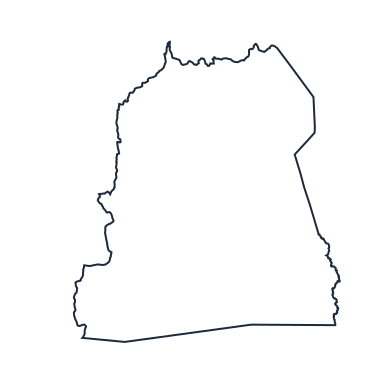 Antofagasta de la Sierra, Catamarca, Argentina, rotated 172°
{"feature_id": "61730980B49626425367328", "entity_name": "Antofagasta de la Sierra", "entity_type": "district", "adm_level": 2, "iso_a3": "ARG", "parent_name": "Argentina", "parent_adm1": "Catamarca", "projection": "equal_earth", "projection_center": [-68.193, -26.047], "detail": "fine", "context": "isolated", "style": "outline", "palette": "slate", "viewbox_px": 384, "rotation_deg": 172, "n_neighbors": 0, "source": "geoboundaries", "source_scale": "gbopen_adm2", "svg_char_len": 5864}
<svg xmlns="http://www.w3.org/2000/svg" viewBox="0 0 384 384"><g transform="rotate(172 192 192)"><path d="M320.9,62.8L279.5,52.9L151.9,52.4L68.7,40.2L68.4,41.9L68.8,43.5L68.5,45.6L68.9,46.0L69.1,48.0L69.0,48.5L68.6,49.0L69.0,49.6L68.3,50.6L68.5,51.1L68.2,51.5L67.6,51.2L66.4,51.1L66.0,51.4L65.9,51.9L65.1,52.1L65.0,52.5L65.1,53.0L65.0,53.5L65.1,54.0L64.0,54.8L64.1,55.1L63.9,56.0L64.1,56.4L63.4,56.5L63.5,57.1L64.2,58.3L64.2,58.7L64.5,59.4L65.4,60.0L65.6,60.9L65.9,61.4L65.8,61.6L64.9,62.0L64.6,62.7L63.8,62.8L64.0,64.3L63.7,65.1L64.9,66.6L65.6,66.5L66.8,68.0L66.9,69.4L67.3,70.2L67.0,71.3L66.6,71.4L66.1,72.2L66.5,73.1L66.3,73.7L66.5,74.4L66.2,75.1L66.6,75.7L66.6,76.7L66.0,77.2L65.4,76.7L64.3,77.3L63.2,79.0L63.4,79.3L63.4,79.7L62.5,80.8L62.4,81.4L61.4,81.6L61.2,81.9L60.5,82.7L60.4,83.4L59.7,83.6L59.2,82.9L58.6,82.7L58.1,82.9L58.5,85.1L58.3,87.1L58.8,87.6L58.4,87.9L58.2,88.8L59.1,90.1L59.3,91.3L59.9,92.5L60.0,93.0L59.6,93.8L60.0,93.8L60.6,94.5L60.3,96.0L60.3,96.7L61.2,97.6L61.3,98.0L61.7,98.6L62.7,98.5L63.3,98.9L63.7,98.8L63.9,99.2L64.4,99.1L64.7,99.3L64.3,100.9L63.8,101.4L63.5,102.2L63.6,102.5L64.1,102.8L64.0,103.4L64.2,104.2L64.7,104.6L64.9,105.2L64.6,105.8L64.1,106.1L64.8,107.0L65.2,107.0L65.7,107.6L66.0,107.3L66.4,107.6L66.4,109.2L67.2,110.1L67.8,110.5L65.9,111.4L65.6,111.8L65.3,113.1L65.0,113.8L64.4,114.3L64.3,115.5L64.7,117.1L63.9,118.0L63.8,120.0L63.9,120.8L64.6,122.0L66.4,122.6L66.9,123.7L67.0,124.3L67.5,125.0L68.3,127.5L69.1,127.3L69.8,127.7L70.0,128.7L70.5,128.6L70.7,128.9L70.8,129.3L70.7,130.0L71.2,130.7L71.7,132.1L72.4,132.1L72.7,132.6L72.6,133.5L77.2,163.9L80.3,181.0L82.1,195.9L85.1,214.8L70.1,227.1L62.3,233.7L61.3,239.3L58.5,269.1L77.3,304.0L87.6,322.6L89.4,324.5L91.3,325.6L92.2,326.0L93.3,325.8L94.6,324.6L95.0,323.6L96.3,323.6L99.5,321.4L101.0,320.7L104.1,322.1L106.0,323.3L106.8,327.5L107.6,328.8L107.8,329.6L108.3,329.8L109.0,329.6L110.6,327.9L110.8,326.5L111.8,325.4L113.2,325.1L114.0,325.6L115.6,324.9L116.0,323.5L116.3,320.3L116.9,319.1L117.6,318.2L118.5,318.0L119.8,317.3L122.3,315.0L123.2,315.6L125.3,315.3L128.4,314.2L131.2,314.7L133.8,316.2L134.9,317.9L137.5,318.7L139.1,319.6L142.3,319.9L144.4,319.0L145.0,319.5L146.5,319.8L147.5,320.4L149.9,320.7L150.5,321.3L150.9,322.3L151.6,322.2L152.1,321.0L153.1,320.8L153.0,320.0L152.3,319.3L152.7,317.5L152.5,316.2L155.2,316.4L155.9,316.8L157.4,314.6L158.8,314.7L159.6,316.5L160.7,317.1L161.0,319.6L161.4,321.4L162.0,322.3L162.9,322.3L163.5,323.0L164.7,322.9L165.4,322.0L167.3,321.1L167.5,319.8L167.3,318.7L169.9,317.2L170.5,317.7L172.0,317.8L173.6,320.2L176.3,322.1L177.5,321.4L178.5,320.0L179.2,319.6L180.6,319.3L183.6,319.1L184.9,320.6L185.4,322.6L186.1,324.5L189.5,326.3L192.5,327.5L192.9,329.3L192.8,330.4L193.0,331.9L194.2,335.5L194.3,336.6L193.7,338.0L193.7,338.8L193.9,340.5L193.7,341.3L193.1,342.4L193.1,343.8L194.1,343.5L195.4,342.4L195.8,341.0L195.8,339.3L196.7,339.2L197.4,336.5L197.6,334.7L198.7,332.6L199.5,332.9L200.2,332.4L200.3,331.9L199.9,330.9L200.0,330.2L199.8,325.9L199.9,324.8L200.1,323.8L200.7,323.2L202.0,320.5L203.1,318.7L206.2,316.7L207.5,316.5L208.4,315.3L210.8,314.0L211.2,312.3L214.3,311.1L218.2,310.8L219.1,310.5L220.1,309.5L220.2,307.8L222.6,307.0L223.0,306.6L225.5,307.0L226.0,306.8L226.5,305.2L226.4,304.3L226.9,303.5L229.9,302.8L231.5,303.0L234.2,302.3L234.8,300.8L236.4,298.9L237.2,298.5L238.3,298.9L239.7,298.8L240.2,298.2L240.8,296.5L241.7,295.3L241.8,294.4L242.6,293.8L242.8,293.2L242.8,292.5L242.6,291.4L243.5,290.5L244.7,290.7L245.4,292.0L247.3,290.7L247.5,289.4L248.1,288.4L249.1,288.2L251.8,289.3L252.2,287.7L252.2,286.6L252.7,286.4L252.9,286.0L253.0,283.7L254.3,283.4L254.5,282.3L254.8,281.5L254.5,280.4L255.4,278.5L255.4,277.1L255.7,275.5L256.7,273.1L257.2,271.3L257.3,269.9L256.8,267.6L256.7,265.3L257.2,264.8L257.1,264.3L257.6,263.1L257.0,260.4L257.1,259.4L257.0,258.5L257.5,257.0L257.6,255.9L257.0,255.0L256.0,254.5L255.7,254.0L255.8,252.1L255.6,251.8L256.0,251.2L256.6,251.1L257.2,251.3L258.2,251.9L259.0,251.9L259.1,251.7L259.3,249.4L259.2,247.9L259.3,245.2L259.2,244.7L258.9,244.3L258.9,241.6L258.7,240.8L259.2,240.0L260.6,240.0L261.0,239.8L261.3,238.1L262.0,236.9L262.1,236.1L261.9,235.0L262.5,233.9L262.3,232.9L262.9,231.8L262.6,231.4L262.8,230.0L263.9,227.2L263.1,223.6L263.3,222.9L264.4,221.8L264.9,219.6L264.7,217.3L265.6,215.6L267.0,213.9L267.7,212.3L267.5,211.6L267.5,210.4L267.9,208.5L268.0,207.3L268.7,206.8L269.1,205.6L270.1,205.1L271.9,203.6L273.4,201.1L274.1,202.8L275.4,204.1L276.0,204.0L279.0,202.5L279.8,202.8L282.4,202.8L283.0,202.6L283.6,203.0L284.3,202.9L283.6,201.6L284.0,201.1L283.9,200.3L284.2,199.6L285.2,199.1L285.7,198.6L285.9,198.0L286.4,197.1L286.4,196.7L285.4,194.5L284.8,193.6L283.2,192.6L283.1,192.1L283.2,191.3L282.1,189.5L282.0,188.1L280.5,186.2L279.8,184.3L279.3,183.7L278.7,183.4L277.3,183.7L276.3,183.5L275.6,182.6L275.0,181.5L274.4,178.1L274.5,177.5L274.4,176.7L273.9,175.8L273.7,174.3L274.6,173.4L277.3,172.0L278.7,171.9L279.3,171.5L280.7,171.1L282.5,169.8L282.5,169.1L283.0,168.3L283.0,166.7L283.8,163.8L283.4,155.2L283.2,154.2L283.2,148.9L282.8,146.3L281.9,144.8L280.2,143.7L280.3,142.6L280.7,142.2L281.6,139.0L281.9,138.8L282.4,137.8L282.8,136.3L283.9,134.4L286.0,133.1L287.8,132.3L289.2,132.1L290.8,132.2L295.3,133.4L303.5,132.9L309.0,134.4L309.6,132.0L310.7,130.2L310.6,129.0L311.1,127.6L311.4,125.0L312.4,123.1L314.3,121.1L314.5,120.1L315.0,119.6L315.8,119.7L318.9,119.2L320.0,118.6L319.9,117.8L320.1,115.2L319.7,114.4L319.6,113.7L319.2,113.0L319.1,112.5L319.7,111.0L320.0,109.2L320.6,108.3L322.1,107.2L323.6,104.2L323.6,103.1L322.8,101.5L323.4,98.9L324.2,97.8L324.1,94.2L323.8,92.2L323.8,91.5L324.5,90.2L325.5,89.5L325.7,89.2L325.9,86.7L325.5,83.1L324.6,80.3L324.2,78.8L324.0,76.1L323.7,75.6L321.9,74.9L318.8,75.7L317.2,75.7L316.7,75.3L315.6,73.8L315.7,73.2L316.3,72.5L317.5,70.1L317.9,67.2L318.1,66.3L320.0,63.6L320.9,62.8Z" fill="none" stroke="#1e293b" stroke-width="2"/></g></svg>